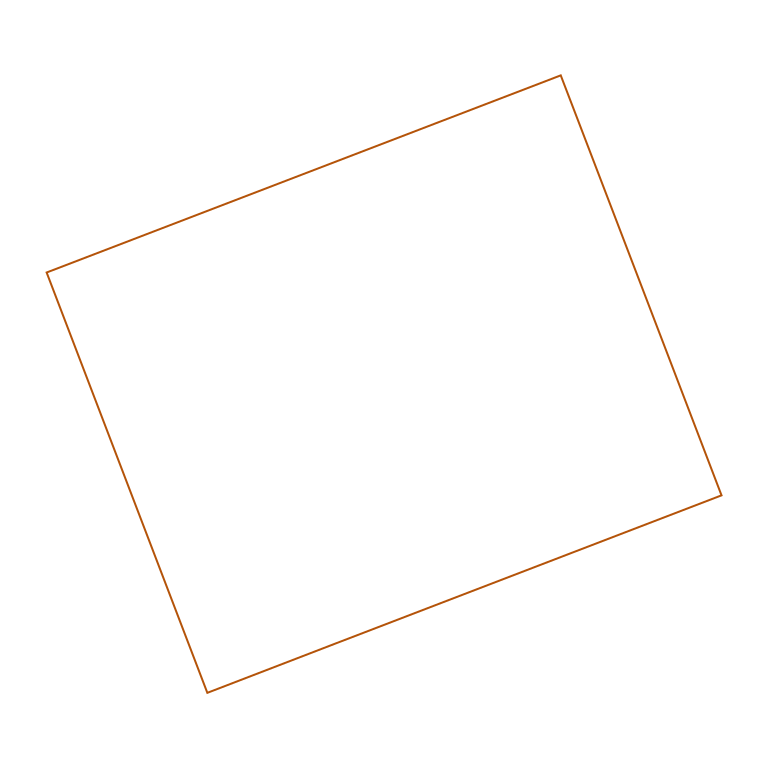 outline of Stanton, Nebraska, United States of America, rotated 249°
{"feature_id": "52423323B97836650916627", "entity_name": "Stanton", "entity_type": "district", "adm_level": 2, "iso_a3": "USA", "parent_name": "United States of America", "parent_adm1": "Nebraska", "projection": "robinson", "projection_center": [-97.231, 41.917], "detail": "fine", "context": "isolated", "style": "outline", "palette": "amber", "viewbox_px": 768, "rotation_deg": 249, "n_neighbors": 0, "source": "geoboundaries", "source_scale": "gbopen_adm2", "svg_char_len": 274}
<svg xmlns="http://www.w3.org/2000/svg" viewBox="0 0 768 768"><g transform="rotate(249 384 384)"><path d="M159.0,108.4L159.1,246.2L159.1,659.2L308.5,659.4L558.9,659.6L608.8,659.6L609.0,109.0L308.5,108.6L159.0,108.4Z" fill="none" stroke="#b45309" stroke-width="2"/></g></svg>